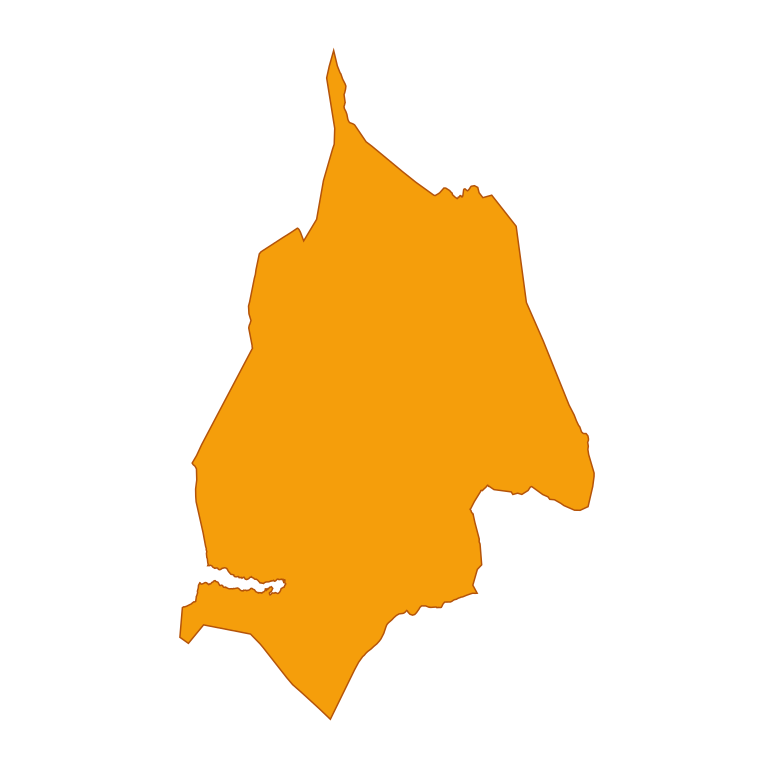 outline of Odda nor, Hordaland, Norway, rotated 269°
{"feature_id": "86288312B11299132347208", "entity_name": "Odda nor", "entity_type": "district", "adm_level": 2, "iso_a3": "NOR", "parent_name": "Norway", "parent_adm1": "Hordaland", "projection": "natural_earth1", "projection_center": [6.638, 59.946], "detail": "fine", "context": "isolated", "style": "filled", "palette": "amber", "viewbox_px": 768, "rotation_deg": 269, "n_neighbors": 0, "source": "geoboundaries", "source_scale": "gbopen_adm2", "svg_char_len": 6153}
<svg xmlns="http://www.w3.org/2000/svg" viewBox="0 0 768 768"><g transform="rotate(269 384 384)"><path d="M134.3,175.5L128.1,183.9L146.3,199.4L136.3,246.2L126.4,255.5L122.8,258.4L92.1,281.6L85.0,287.4L76.5,296.7L60.7,313.4L49.7,324.5L98.6,349.5L106.3,353.8L111.8,357.9L113.2,359.6L114.9,361.0L116.8,363.0L119.4,366.6L121.8,369.2L124.3,372.3L127.1,374.9L129.2,376.5L134.6,379.4L141.4,381.8L143.4,382.7L145.1,384.2L148.2,387.9L150.1,389.7L152.3,392.3L153.9,395.1L154.3,398.9L154.6,399.9L155.6,401.3L157.2,402.8L156.5,403.5L155.4,404.1L153.3,406.0L152.4,408.5L153.0,410.7L154.8,412.5L158.8,415.4L159.8,415.8L161.5,417.7L161.4,421.8L159.9,425.4L160.1,425.9L159.8,426.7L160.1,432.2L159.4,433.1L159.7,434.1L159.7,434.6L159.5,434.8L159.6,436.0L159.5,436.4L159.7,437.4L161.2,438.3L162.6,438.9L164.8,440.7L164.9,441.1L164.9,446.6L165.5,448.0L166.4,449.3L167.1,450.6L167.5,452.6L168.7,454.8L169.0,456.1L169.5,457.1L169.8,459.0L171.3,462.8L172.6,466.7L173.2,468.7L173.2,470.2L173.1,471.6L173.2,473.5L181.3,469.3L197.0,474.1L201.5,478.5L220.0,477.4L222.5,477.2L224.5,476.4L227.4,476.5L244.2,472.4L251.8,470.9L252.0,470.7L252.3,470.9L253.1,470.4L253.9,469.4L256.1,468.7L257.1,467.9L257.4,467.9L258.0,468.6L264.9,472.3L274.7,478.6L275.7,478.9L276.0,479.4L275.6,480.2L275.9,480.8L276.7,481.4L277.0,481.9L277.6,482.4L278.8,483.9L281.0,485.7L281.0,486.0L279.8,486.8L279.9,487.3L276.5,492.1L273.9,509.3L271.3,510.9L272.5,515.7L271.2,519.9L275.0,526.2L278.3,528.4L278.9,529.9L270.7,540.8L268.3,546.0L265.8,547.7L265.3,552.4L261.6,558.7L259.3,561.8L254.5,572.3L254.3,577.9L257.8,585.9L277.8,590.9L287.8,592.4L291.3,592.5L309.9,587.4L315.1,586.7L318.2,587.2L322.2,586.6L324.1,587.4L325.5,587.5L328.5,587.0L330.9,585.2L331.0,582.7L331.3,582.1L332.6,580.7L337.7,579.0L339.3,577.8L343.7,575.8L349.7,573.6L359.6,568.7L424.2,544.0L463.0,527.8L539.4,518.9L570.9,495.0L568.6,486.1L573.6,482.4L578.9,481.2L580.7,477.9L580.2,474.7L579.6,474.1L577.2,472.5L575.9,471.2L575.7,470.8L576.3,469.9L577.7,468.4L577.5,467.5L576.7,467.0L571.3,466.2L569.9,465.7L569.7,465.3L569.7,465.0L571.0,464.1L571.0,463.3L570.0,462.8L569.7,462.4L569.6,461.6L568.4,460.9L568.1,460.4L569.7,458.2L572.2,455.7L573.6,455.5L574.7,454.3L576.3,453.0L578.8,449.2L578.9,447.3L574.2,443.0L573.1,441.3L571.5,438.4L571.9,437.1L585.2,419.3L596.2,406.0L621.9,376.1L626.5,370.3L643.2,359.4L643.7,359.0L644.7,357.4L645.9,354.3L647.0,353.4L649.1,352.5L654.3,351.6L657.2,350.6L660.0,349.2L661.7,348.9L662.4,348.9L663.9,349.5L665.2,349.6L665.8,350.1L674.1,349.1L675.9,349.8L679.5,350.7L682.5,351.1L684.6,350.4L689.5,348.0L695.0,346.2L695.9,345.5L702.9,342.9L718.3,339.5L702.7,334.8L691.0,332.0L640.4,339.2L624.6,338.4L620.2,336.8L588.4,327.0L549.8,319.5L528.5,306.2L537.2,303.1L540.0,301.7L541.1,300.6L541.3,300.1L536.7,293.0L532.3,285.7L518.4,263.4L516.3,261.6L500.4,258.0L495.8,257.3L491.9,256.2L468.5,251.1L464.3,249.9L456.5,250.2L449.8,252.1L446.7,251.1L445.3,250.4L442.9,249.8L441.9,249.8L424.8,252.8L423.1,252.8L422.2,253.2L326.5,200.6L315.8,195.4L308.3,190.8L306.7,191.8L305.1,193.6L302.4,195.0L291.3,195.1L282.3,193.8L274.9,193.8L269.5,194.1L238.5,200.5L224.8,202.8L222.2,203.5L221.5,203.3L219.5,203.9L217.7,203.5L213.6,203.8L212.5,204.3L208.0,204.7L206.9,205.1L205.5,204.6L205.6,205.3L205.3,205.9L205.6,206.2L205.8,207.0L205.7,207.6L204.9,209.0L203.9,209.6L203.2,210.9L202.8,211.2L202.7,211.7L202.9,211.9L202.8,212.6L203.0,213.1L202.8,214.3L202.6,214.6L201.6,215.2L201.2,216.1L201.3,217.1L201.9,218.2L202.5,218.8L202.5,219.5L202.8,219.9L202.8,220.5L203.1,221.2L202.9,221.9L202.9,222.4L202.2,223.7L201.6,223.9L201.3,224.3L200.8,224.4L199.3,225.2L196.4,227.6L196.1,229.2L195.6,230.5L194.8,230.6L193.9,231.6L193.8,233.3L194.1,234.8L193.7,235.5L193.0,235.6L192.8,236.9L193.2,237.7L193.1,238.1L192.3,238.6L193.0,239.6L192.9,239.8L193.2,240.1L193.2,240.8L191.3,241.9L190.9,243.3L191.1,243.4L191.2,244.3L191.9,245.5L193.2,246.8L193.1,247.7L193.2,248.0L193.5,248.1L192.7,249.0L192.1,250.4L191.3,251.0L191.0,251.8L191.1,252.8L190.6,253.6L189.8,254.6L188.7,255.4L188.3,256.0L187.5,256.3L187.2,256.9L187.4,257.5L186.9,258.6L186.9,259.4L186.6,260.1L187.5,261.1L188.1,262.6L188.2,265.5L189.0,267.3L188.8,267.5L189.0,267.9L188.9,267.9L189.0,267.9L189.2,269.3L189.7,270.1L189.4,270.5L189.0,270.6L188.7,271.4L189.4,272.5L190.7,273.8L190.8,274.7L190.3,275.3L190.2,276.0L190.4,276.5L190.4,277.3L190.7,277.8L190.2,278.5L190.2,278.9L190.5,279.4L189.2,279.7L189.8,280.5L190.0,281.2L189.8,281.5L188.9,281.4L189.2,281.0L189.3,280.6L189.0,280.2L188.7,280.2L187.2,280.3L186.8,281.6L186.1,282.2L185.1,282.0L184.8,281.5L182.6,280.6L182.6,279.9L182.0,279.1L181.3,277.6L179.7,277.1L178.2,276.4L176.5,274.8L176.4,273.7L177.3,272.0L177.3,271.4L177.0,271.2L176.7,270.4L177.1,269.0L176.9,268.5L175.6,267.2L175.1,266.4L176.1,265.8L177.3,265.8L178.1,267.0L178.8,267.7L178.7,267.8L181.6,269.2L183.2,267.9L183.0,267.7L183.0,266.6L181.5,264.9L181.5,264.5L180.9,264.4L180.8,264.0L181.1,263.8L181.0,263.6L180.2,263.3L179.7,262.9L180.1,262.5L181.2,262.6L181.2,261.8L179.5,261.5L178.3,260.2L177.8,258.9L177.0,258.2L177.5,257.4L177.3,257.0L177.5,256.7L177.4,255.9L177.7,255.3L177.2,254.8L178.6,252.2L180.5,250.9L181.3,249.1L181.8,248.7L182.0,247.9L181.8,247.1L181.3,246.9L180.1,245.0L180.1,244.1L179.7,243.3L180.0,243.1L180.1,242.2L180.3,241.8L180.1,240.5L180.3,240.1L179.5,239.4L179.8,238.8L179.7,238.1L180.2,237.0L182.1,235.1L182.6,234.0L182.1,231.1L182.0,230.3L182.2,229.8L181.8,229.2L182.0,228.0L181.9,225.8L182.6,223.7L183.3,223.1L183.3,222.0L183.8,221.6L183.5,221.2L183.5,220.2L184.5,219.3L185.2,219.2L185.6,218.4L185.7,217.8L185.4,217.3L185.5,217.2L185.5,216.2L188.6,214.6L189.4,212.9L189.4,212.6L189.9,211.9L190.3,211.8L190.3,211.1L189.8,210.1L188.8,209.3L188.6,208.4L187.2,207.2L187.2,206.7L186.8,206.0L187.0,205.9L186.5,205.2L186.8,205.0L186.9,204.6L187.6,204.3L187.8,203.9L187.7,203.6L188.4,203.0L188.6,202.2L188.6,201.7L187.4,199.3L187.1,197.8L187.3,197.4L188.2,196.9L188.5,196.4L186.0,195.0L183.2,194.7L180.1,193.8L178.6,194.0L175.7,193.1L174.8,192.6L173.4,192.5L169.9,191.9L169.4,190.7L169.5,190.0L168.2,188.2L167.7,187.9L165.2,182.6L164.6,180.5L164.7,179.8L163.9,178.5L134.3,175.5Z" fill="#f59e0b" stroke="#b45309" stroke-width="1.5"/></g></svg>